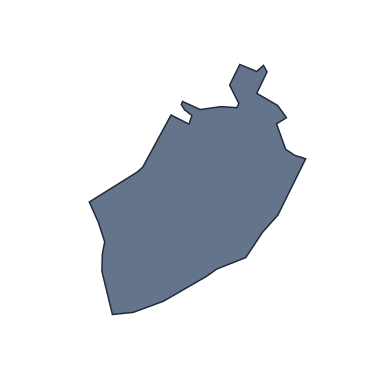 the district of Tibiri, Dosso, Niger, rotated 27°
{"feature_id": "23599985B22885280076406", "entity_name": "Tibiri", "entity_type": "district", "adm_level": 2, "iso_a3": "NER", "parent_name": "Niger", "parent_adm1": "Dosso", "projection": "orthographic", "projection_center": [3.884, 13.094], "detail": "fine", "context": "isolated", "style": "filled", "palette": "slate", "viewbox_px": 384, "rotation_deg": 27, "n_neighbors": 0, "source": "geoboundaries", "source_scale": "gbopen_adm2", "svg_char_len": 615}
<svg xmlns="http://www.w3.org/2000/svg" viewBox="0 0 384 384"><g transform="rotate(27 192 192)"><path d="M138.4,132.9L136.8,192.3L134.2,199.0L105.0,247.5L122.3,261.5L136.8,276.0L140.5,288.5L147.7,303.5L176.7,337.3L194.2,326.0L216.2,302.2L243.2,260.6L249.1,249.3L269.7,226.0L273.1,196.0L279.0,173.5L278.2,110.8L266.8,112.7L256.0,111.4L236.4,92.9L242.4,82.9L229.0,76.0L204.9,74.7L204.3,50.9L198.2,46.7L194.9,55.2L176.7,56.7L177.0,79.7L193.6,91.9L193.7,96.5L179.2,102.7L161.9,114.8L142.5,115.6L142.7,118.9L148.2,122.2L157.2,123.9L158.5,132.9L138.4,132.9Z" fill="#64748b" stroke="#1e293b" stroke-width="1.5"/></g></svg>